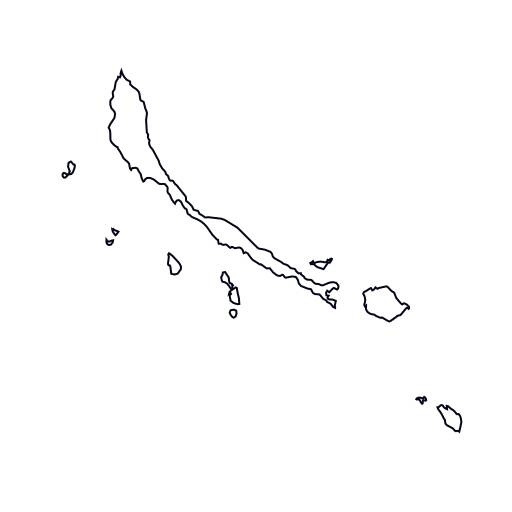 an SVG outline of New Ireland, rotated 172°
{"feature_id": "PNG-1255", "entity_name": "New Ireland", "entity_type": "Province", "adm_level": 1, "iso_a3": "PNG", "parent_name": "Papua New Guinea", "parent_adm1": "", "projection": "equal_earth", "projection_center": [151.706, -3.097], "detail": "fine", "context": "isolated", "style": "outline", "palette": "ink", "viewbox_px": 512, "rotation_deg": 172, "n_neighbors": 0, "source": "natural_earth", "source_scale": "10m", "svg_char_len": 6084}
<svg xmlns="http://www.w3.org/2000/svg" viewBox="0 0 512 512"><g transform="rotate(172 256 256)"><path d="M384.0,391.4L383.2,397.8L383.1,400.7L384.0,403.7L381.9,406.9L376.9,412.5L375.8,416.3L376.1,418.6L378.7,422.6L379.2,426.1L378.7,429.7L378.1,430.7L376.0,432.5L375.2,433.7L375.2,437.6L374.8,438.7L372.9,440.8L370.6,447.9L368.2,450.8L367.6,452.6L365.8,451.9L365.0,453.5L364.5,456.1L363.5,458.2L362.8,454.7L361.4,451.3L359.4,448.4L356.4,446.3L356.7,443.5L354.4,440.6L351.3,437.8L349.4,435.2L348.9,433.4L348.8,427.0L348.5,426.2L345.9,424.3L345.7,423.5L345.1,417.7L344.2,414.0L344.1,412.4L345.9,406.1L346.9,393.7L345.9,391.0L346.4,389.6L346.4,388.1L346.0,386.7L345.3,385.5L346.1,383.3L346.1,381.2L345.6,379.2L343.3,375.3L339.1,363.9L338.6,360.6L337.9,358.7L336.5,355.4L334.7,353.0L334.0,351.5L333.7,349.5L332.1,347.8L331.8,347.1L331.7,345.8L331.1,343.5L330.6,342.8L330.0,342.4L328.4,342.3L327.7,341.9L326.2,338.6L324.7,337.1L317.5,325.0L317.2,323.8L317.5,321.2L317.5,320.2L315.4,318.2L313.3,315.4L312.3,313.8L311.4,310.6L310.1,309.9L307.2,308.7L306.0,305.5L303.6,303.7L301.3,301.4L299.7,301.1L298.0,301.1L285.3,297.8L282.0,296.1L270.3,286.5L253.4,264.0L252.1,262.9L246.7,261.2L241.6,258.4L240.8,257.7L239.8,255.8L239.5,253.5L239.1,252.6L237.8,251.0L232.2,246.8L230.0,244.6L226.1,242.5L223.2,239.1L220.2,238.1L219.0,237.4L218.5,235.6L216.4,232.9L214.0,232.7L214.0,231.7L213.8,231.3L211.4,228.9L210.9,227.3L208.7,225.5L204.8,224.7L204.1,224.1L202.1,221.2L200.9,220.2L197.8,219.5L195.4,217.9L193.7,217.7L187.0,219.4L183.4,219.4L180.3,218.2L178.6,215.4L178.6,214.0L179.3,212.3L180.4,211.5L183.4,213.6L185.2,212.6L188.5,209.9L190.3,211.7L191.7,209.9L191.8,207.3L189.6,206.6L191.0,204.9L190.7,203.7L189.8,202.9L186.0,202.1L183.2,200.4L185.0,195.7L184.7,194.3L184.9,193.6L186.7,194.8L188.8,198.4L192.1,200.7L192.5,202.1L195.5,204.3L197.7,208.0L198.6,209.1L202.8,210.1L204.7,211.4L206.2,215.4L207.2,215.9L209.2,216.4L215.5,220.0L217.3,222.6L218.0,226.9L219.5,229.7L222.9,230.7L229.4,230.4L230.3,230.7L231.7,233.3L232.6,233.8L234.9,232.9L236.8,233.4L238.4,234.3L241.4,237.5L244.0,241.9L247.3,242.3L252.2,247.1L253.2,247.0L259.8,252.6L261.4,255.0L263.7,259.5L265.6,261.1L267.8,260.5L268.3,263.4L269.4,265.4L270.7,266.5L271.9,266.8L275.1,266.6L276.1,266.8L277.8,268.1L278.9,268.4L280.2,267.6L281.1,268.3L282.5,270.1L284.1,271.6L287.0,271.6L287.9,272.0L289.0,273.1L291.2,273.3L291.4,275.3L291.3,277.2L292.5,277.9L296.2,283.0L300.4,291.3L302.7,294.7L305.3,297.6L308.4,300.1L314.4,303.8L315.7,305.7L317.4,306.9L317.8,307.6L318.3,311.9L318.7,312.4L319.8,313.0L320.2,313.7L321.6,316.6L322.4,319.3L323.0,320.6L324.7,322.1L326.5,322.0L327.9,320.8L328.9,319.1L330.0,320.7L331.2,322.9L332.0,325.3L332.8,328.5L334.4,330.8L334.7,332.1L334.0,335.8L334.4,337.2L335.9,339.3L335.9,339.6L337.7,340.3L339.7,340.4L341.9,341.0L346.5,345.9L349.7,347.9L351.3,348.3L353.3,348.4L355.0,347.4L356.2,345.8L357.2,345.4L358.3,348.4L358.8,353.1L360.3,356.3L361.3,359.2L362.9,360.1L366.5,360.2L367.7,358.6L368.6,360.1L368.8,365.0L369.7,366.7L372.4,369.7L373.5,371.2L375.8,377.6L378.0,382.2L377.9,383.1L379.5,384.0L381.5,386.2L383.3,388.9L384.0,391.4ZM155.1,190.9L155.6,192.5L154.3,195.8L153.9,197.6L154.1,201.1L155.1,203.5L154.5,204.8L153.9,205.4L152.1,205.9L147.1,208.2L146.5,208.1L145.6,205.8L144.3,206.1L143.0,207.2L142.1,208.3L140.3,206.6L139.0,207.2L131.2,207.8L130.4,207.5L129.7,206.7L126.9,202.7L124.3,200.5L122.9,194.8L119.2,189.0L118.0,187.7L116.0,188.6L113.5,187.0L111.6,184.5L111.7,182.8L112.2,182.4L113.3,183.5L113.9,183.7L114.7,183.2L121.0,177.5L124.5,177.0L125.4,176.2L128.8,174.6L128.9,174.2L130.0,174.0L131.8,172.9L133.0,172.6L134.9,173.7L139.6,177.5L141.5,177.5L144.5,179.4L145.3,179.7L146.8,181.4L149.1,182.1L151.5,183.3L153.5,185.3L154.5,188.1L153.9,191.6L155.1,190.9ZM92.4,68.5L93.9,72.9L94.8,75.1L96.7,78.6L97.4,80.9L96.0,81.0L94.0,82.4L92.8,82.5L92.0,82.1L91.0,80.1L89.6,78.6L88.1,77.7L88.0,81.0L86.6,80.4L83.6,76.9L82.8,76.6L82.0,75.7L80.2,73.3L79.5,71.7L79.0,71.4L77.4,71.3L76.3,69.5L75.8,67.5L75.7,63.0L78.5,55.3L79.2,53.8L79.7,54.5L80.5,54.8L82.5,54.7L83.2,55.1L85.1,57.9L90.4,61.8L91.6,63.4L91.8,64.8L91.7,67.3L92.4,68.5ZM342.4,258.1L342.8,258.8L343.8,259.0L344.2,259.7L344.2,260.8L342.4,267.4L342.7,269.7L341.8,270.8L341.0,270.2L338.3,267.3L333.3,260.0L332.6,258.5L331.8,256.1L332.2,253.5L335.9,249.5L339.1,249.0L342.4,250.2L342.3,256.6L342.4,258.1ZM287.8,222.5L287.2,224.1L285.5,225.4L280.4,227.7L279.4,226.9L279.4,223.3L278.8,216.4L279.2,210.8L281.2,210.9L284.8,212.6L287.5,215.4L287.4,216.4L287.6,218.7L287.5,220.9L286.0,221.8L286.6,223.4L287.8,222.5ZM200.3,240.0L202.7,240.2L203.2,241.5L201.7,242.0L200.3,243.0L199.7,241.3L198.9,240.9L196.7,241.5L192.9,241.5L188.7,240.2L186.8,240.2L185.6,242.3L184.3,241.6L182.9,242.7L181.8,243.0L181.2,242.5L181.9,241.2L183.9,239.1L185.2,239.5L187.2,237.7L190.9,233.6L196.0,236.0L197.9,237.5L199.5,239.4L200.3,240.0ZM292.8,235.2L293.3,236.7L293.4,239.9L292.0,241.7L291.0,244.3L288.8,244.4L286.0,238.5L286.1,234.4L285.8,232.9L283.9,231.9L283.1,230.4L283.7,230.4L283.6,228.9L284.2,227.3L285.2,226.7L286.0,228.1L287.1,230.6L288.7,232.9L290.5,234.4L292.8,235.2ZM429.3,365.0L428.6,365.7L429.7,370.7L428.6,374.4L426.2,375.3L423.9,371.9L423.0,371.8L422.8,370.4L423.8,367.7L425.9,364.1L427.5,362.9L428.9,362.8L429.3,365.0ZM285.2,205.9L283.2,204.6L283.3,201.7L284.6,199.0L286.6,198.0L288.0,199.0L289.1,200.9L289.8,202.7L289.9,203.5L288.9,205.5L288.1,205.9L285.2,205.9ZM115.5,91.5L116.8,91.5L117.2,91.8L116.7,92.5L115.2,93.1L113.0,92.9L110.7,91.6L110.0,91.9L109.7,92.7L108.9,93.0L108.1,92.0L107.6,90.6L107.6,89.4L108.3,89.1L110.3,89.9L111.1,89.0L111.4,87.0L112.1,86.6L113.1,88.1L113.6,89.7L114.2,91.0L115.5,91.5ZM398.2,287.4L400.4,287.4L401.7,288.6L402.2,290.5L401.8,292.9L400.7,290.9L399.0,290.7L397.1,291.3L395.3,291.4L395.7,290.1L396.4,289.0L398.2,287.4ZM388.8,299.2L391.4,296.6L392.3,296.1L393.9,298.8L394.5,300.5L394.6,302.5L394.0,302.0L393.5,302.5L392.4,301.2L389.9,300.0L388.8,299.2ZM433.9,360.2L435.5,360.5L436.3,362.0L436.2,363.8L435.1,365.0L433.9,364.8L432.0,363.0L430.5,363.3L431.1,362.2L433.9,360.2Z" fill="none" stroke="#020617" stroke-width="2"/></g></svg>